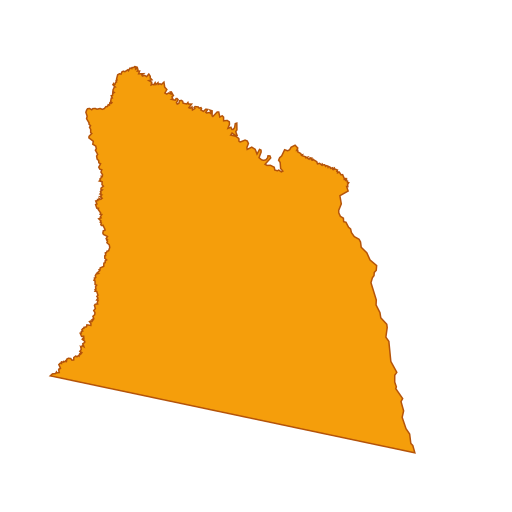 the district of Puerto Gaitán, Meta, Colombia, rotated 102°
{"feature_id": "7082276B98813411003149", "entity_name": "Puerto Gaitán", "entity_type": "district", "adm_level": 2, "iso_a3": "COL", "parent_name": "Colombia", "parent_adm1": "Meta", "projection": "albers", "projection_center": [-71.987, 4.086], "detail": "fine", "context": "isolated", "style": "filled", "palette": "amber", "viewbox_px": 512, "rotation_deg": 102, "n_neighbors": 0, "source": "geoboundaries", "source_scale": "gbopen_adm2", "svg_char_len": 6144}
<svg xmlns="http://www.w3.org/2000/svg" viewBox="0 0 512 512"><g transform="rotate(102 256 256)"><path d="M122.8,335.6L125.5,337.5L124.6,340.3L123.2,339.9L122.3,340.7L123.2,342.3L122.2,343.5L122.5,346.7L123.7,347.4L124.5,346.5L126.4,348.5L123.5,349.6L125.2,351.1L124.9,352.5L120.8,350.6L121.4,353.7L120.0,354.5L121.7,355.4L121.7,359.1L119.9,359.9L119.3,361.3L120.0,363.0L122.7,363.2L123.8,364.6L122.6,365.7L119.3,364.7L118.4,365.9L118.6,366.9L120.4,367.4L120.3,371.2L119.4,370.2L117.7,371.3L116.3,370.1L113.1,372.9L113.4,374.0L115.2,373.0L114.7,375.4L116.2,377.0L115.5,379.0L111.7,377.8L109.8,380.4L105.1,382.2L107.9,384.2L107.5,385.8L108.5,387.2L106.8,387.9L109.1,389.5L107.4,390.7L109.8,391.4L109.5,392.7L110.5,394.1L107.7,394.1L106.7,397.3L105.3,394.4L103.8,396.5L102.2,396.8L100.3,398.7L103.3,400.3L102.5,402.6L103.6,404.5L102.7,405.3L101.1,404.0L102.2,408.7L99.3,408.3L99.8,410.5L98.6,410.1L96.1,411.4L96.0,412.3L97.2,411.5L98.3,412.6L96.0,413.1L96.0,414.2L96.9,414.5L97.5,416.5L98.5,416.4L98.4,418.3L101.3,419.3L100.5,420.1L103.0,422.6L102.8,424.2L103.9,425.5L106.2,425.8L106.1,427.4L107.5,429.0L112.1,429.2L112.7,428.5L113.5,429.3L114.8,428.6L115.3,429.4L117.4,429.6L117.9,430.5L117.0,431.1L118.2,431.6L119.9,428.9L120.2,429.7L123.4,430.4L125.3,429.7L125.5,428.7L126.2,429.3L125.7,430.1L128.7,429.7L129.3,430.9L131.3,429.4L131.7,430.4L135.3,430.3L135.9,428.8L136.8,429.3L136.6,430.8L138.8,430.7L138.7,432.0L140.7,432.4L141.1,433.9L143.3,435.0L144.5,436.8L144.1,439.2L145.5,442.0L145.1,444.0L145.8,446.3L147.1,447.1L146.3,449.6L147.0,451.4L148.5,452.0L150.8,452.3L154.4,450.2L156.9,450.3L160.5,447.0L161.7,446.8L163.0,444.9L164.7,445.6L166.6,444.0L169.6,443.4L170.3,442.1L173.7,444.2L175.2,444.0L177.6,439.0L180.6,438.9L181.8,435.6L184.3,434.5L185.9,435.1L189.5,432.0L191.4,432.7L194.3,431.5L195.3,429.8L197.5,429.1L198.1,427.2L201.8,428.3L203.5,426.9L203.7,424.8L206.2,425.1L208.4,423.0L210.1,422.9L210.2,423.9L211.1,423.4L213.2,424.7L214.2,423.9L215.2,424.8L215.4,421.9L218.2,421.5L219.4,419.8L221.9,421.7L223.5,421.4L223.4,420.2L225.4,421.6L226.6,420.6L227.8,421.5L228.3,419.6L228.9,420.3L230.2,419.8L230.4,420.8L231.5,418.5L232.9,419.6L232.3,421.5L233.4,421.2L233.7,422.7L234.7,422.3L235.5,424.2L238.2,422.4L239.0,423.6L242.3,421.7L242.1,420.0L243.1,420.2L246.2,416.9L247.6,417.1L247.5,415.5L250.2,416.4L250.9,415.5L252.3,417.6L254.0,414.9L255.3,415.4L255.8,414.1L257.7,414.3L258.3,413.0L257.7,412.1L261.3,409.3L262.3,409.1L263.0,410.6L265.4,410.6L266.6,409.7L267.8,405.3L270.1,406.2L270.9,404.8L271.4,405.4L272.5,404.3L274.0,404.6L275.5,401.9L278.1,400.8L281.6,401.3L282.2,402.7L283.9,403.0L284.2,404.0L286.8,403.2L287.3,404.0L289.7,403.4L290.9,401.3L292.2,402.6L293.8,402.1L294.6,403.3L297.8,402.8L300.0,405.9L301.9,405.8L302.1,406.5L302.8,405.8L305.5,407.8L305.9,406.6L306.8,408.5L308.6,409.1L310.4,408.3L311.2,409.5L312.0,408.9L313.4,409.5L313.9,408.2L317.3,407.5L317.7,405.8L319.5,406.6L321.3,405.8L322.2,406.4L322.5,405.7L323.9,406.2L323.8,404.4L327.3,402.4L328.6,403.3L330.0,401.8L332.2,402.7L332.1,401.2L334.9,401.6L335.8,400.9L336.6,403.2L337.9,403.8L340.8,402.2L343.1,403.4L344.9,401.7L347.0,401.6L348.9,403.0L350.8,401.8L352.0,402.8L351.9,401.9L354.3,402.9L353.7,403.8L354.8,405.3L356.4,403.4L358.3,403.1L358.5,407.1L360.5,407.1L361.6,409.5L362.6,409.3L363.1,410.4L364.5,411.0L365.4,409.9L366.5,411.2L367.7,410.8L368.1,411.9L370.9,409.9L370.3,407.9L372.6,407.2L372.3,408.1L373.6,408.7L375.0,405.8L376.2,405.6L377.8,407.2L380.5,405.5L379.8,407.3L381.6,408.0L381.3,408.6L383.7,407.5L385.9,408.5L386.7,406.2L388.1,406.9L387.5,407.5L388.8,407.6L388.6,408.2L390.6,408.3L390.2,408.8L391.8,410.2L391.3,411.5L393.2,413.1L395.6,412.7L396.2,414.3L394.8,415.9L395.0,418.2L396.2,419.6L398.4,419.5L397.9,420.3L399.2,421.0L399.1,422.3L400.0,422.5L400.0,424.2L401.6,423.9L401.4,425.1L403.2,426.3L406.5,423.9L407.2,424.6L407.4,423.9L407.3,425.1L408.3,425.4L410.9,424.2L411.7,426.4L410.9,427.1L412.7,427.6L413.6,430.6L416.0,432.3L415.5,59.7L408.8,63.2L407.1,65.6L398.2,68.7L393.7,73.4L383.4,79.5L376.8,79.4L368.2,83.9L365.0,82.9L356.7,91.7L354.8,91.5L350.5,94.1L343.8,95.5L340.5,94.1L331.1,102.2L311.9,108.3L308.4,112.1L298.7,112.8L295.6,113.9L290.5,121.1L285.6,123.0L278.9,128.4L274.0,129.2L258.2,138.0L253.0,137.6L250.7,136.5L247.5,136.9L245.0,135.4L240.3,136.0L236.2,143.6L229.8,148.3L225.6,154.9L220.5,156.7L218.2,158.7L216.6,163.9L213.3,167.5L209.9,169.1L208.6,171.5L204.3,175.0L204.2,177.4L200.8,178.4L199.7,181.7L196.6,184.0L194.1,184.6L187.3,183.4L179.6,186.5L173.3,179.4L169.2,181.8L169.0,180.6L167.1,181.3L165.1,180.6L165.2,181.8L163.7,182.0L163.5,183.9L162.3,183.5L162.6,185.1L161.6,184.4L161.8,185.8L158.4,188.2L158.9,189.7L156.6,192.0L157.6,193.4L156.6,193.4L156.5,194.5L155.0,194.2L154.5,196.8L155.1,197.7L153.8,197.8L155.1,199.1L153.8,199.5L154.8,201.3L153.8,201.7L153.3,203.8L154.1,204.0L153.1,204.6L153.0,206.2L153.8,206.6L152.5,207.9L153.0,209.4L152.3,210.3L153.5,210.4L152.1,213.1L153.1,215.0L151.1,216.2L149.9,219.6L150.4,220.5L149.7,220.6L150.4,221.5L149.7,222.3L148.7,221.8L148.7,223.5L150.3,224.2L149.4,226.4L148.6,226.0L149.5,227.8L148.7,228.0L148.2,232.1L147.3,231.7L147.7,232.7L146.5,233.5L145.4,236.9L144.0,237.1L144.3,238.2L141.7,237.6L139.5,240.8L142.3,244.3L145.1,245.2L146.5,246.9L146.1,250.1L152.8,251.7L154.9,253.3L157.6,253.8L159.5,251.8L165.3,250.1L167.4,247.4L168.5,248.7L167.2,251.6L168.2,252.8L168.0,255.5L165.4,256.6L164.3,260.7L165.1,264.0L164.4,266.2L157.0,262.0L155.2,263.2L155.5,265.1L157.7,265.1L159.9,266.3L160.9,268.6L160.7,270.7L159.2,273.5L153.2,272.6L151.4,273.1L151.0,274.7L156.1,276.2L151.8,279.0L150.4,282.8L153.6,286.8L151.7,287.5L147.5,286.8L145.3,288.5L144.9,290.8L147.8,295.2L147.1,296.7L145.0,297.0L144.2,298.1L143.1,300.7L143.0,305.9L140.7,305.0L142.3,301.3L141.9,299.6L138.6,301.7L136.6,300.9L130.0,302.4L130.8,303.8L134.8,303.6L137.0,304.7L137.2,306.0L135.3,307.3L137.0,310.0L132.6,309.3L130.3,310.0L129.4,312.4L130.5,315.8L126.9,316.6L125.9,318.2L127.6,320.3L122.9,322.4L123.2,323.9L128.5,327.2L128.0,328.1L123.1,329.1L122.9,331.3L124.6,329.9L126.0,330.0L125.3,331.5L126.4,333.9L125.9,335.0L122.7,333.7L122.8,335.6Z" fill="#f59e0b" stroke="#b45309" stroke-width="1.5"/></g></svg>